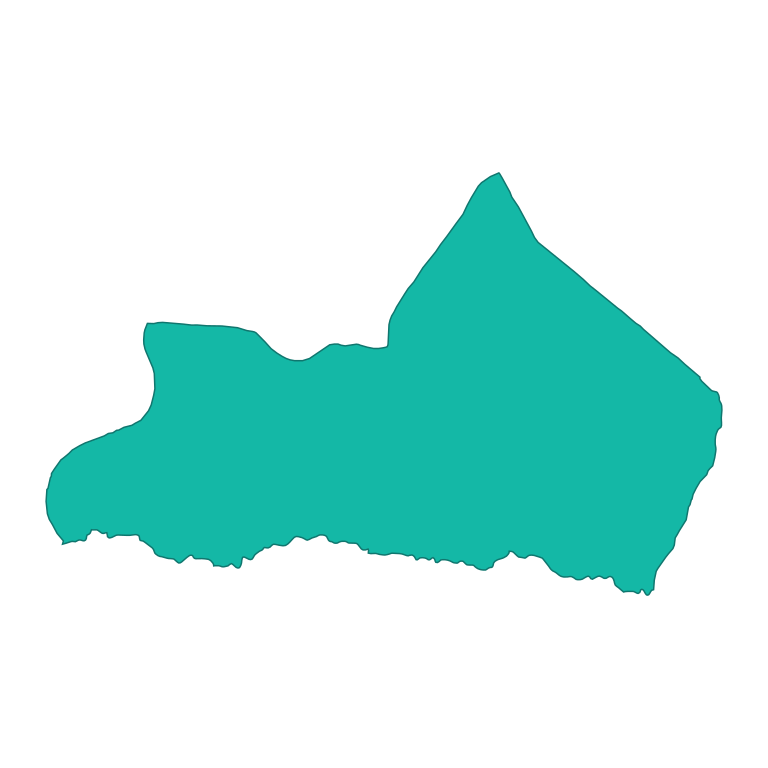 Joyabaj, Quiché, Guatemala
{"feature_id": "79465075B91239548931928", "entity_name": "Joyabaj", "entity_type": "district", "adm_level": 2, "iso_a3": "GTM", "parent_name": "Guatemala", "parent_adm1": "Quiché", "projection": "robinson", "projection_center": [-90.834, 15.008], "detail": "fine", "context": "isolated", "style": "filled", "palette": "teal", "viewbox_px": 768, "rotation_deg": 0, "n_neighbors": 0, "source": "geoboundaries", "source_scale": "gbopen_adm2", "svg_char_len": 6092}
<svg xmlns="http://www.w3.org/2000/svg" viewBox="0 0 768 768"><path d="M72.3,450.0L69.0,453.4L63.2,458.2L60.9,459.9L54.5,468.9L51.5,473.5L51.3,476.3L50.4,477.7L48.0,488.3L46.9,489.5L46.1,501.4L47.4,513.8L49.3,519.4L52.5,524.7L57.1,533.4L63.4,540.9L62.5,544.2L66.1,543.2L71.0,541.6L72.4,541.4L75.4,541.7L78.4,540.2L79.3,540.0L80.4,540.0L83.2,540.8L84.2,540.8L85.5,540.1L86.3,538.6L86.6,536.5L87.1,535.0L88.4,534.5L89.4,533.9L90.3,532.9L91.5,529.7L92.7,529.9L96.5,529.8L97.9,530.3L100.9,532.5L102.2,533.3L103.8,533.4L105.2,532.9L106.8,532.7L107.4,535.6L107.5,536.7L109.1,537.9L110.3,537.8L112.0,537.3L116.3,535.2L118.0,535.0L126.2,535.3L129.7,535.3L135.4,534.6L137.0,534.8L138.0,535.2L139.2,536.2L139.7,539.1L140.2,540.4L143.2,541.1L144.8,542.2L152.3,547.9L153.5,549.5L154.8,553.0L155.7,554.0L157.9,555.6L159.8,556.4L161.8,556.7L167.1,558.2L168.7,558.5L170.6,558.6L173.5,558.9L174.5,559.5L175.3,560.3L177.6,562.3L178.8,563.0L180.3,562.8L181.7,561.9L186.9,557.4L189.1,555.8L190.1,555.3L191.4,555.2L192.6,555.6L193.4,557.2L194.4,558.3L195.8,558.7L201.8,558.6L204.8,558.8L208.4,559.3L209.7,560.0L210.8,560.7L212.9,563.1L213.6,564.6L213.7,565.9L215.1,565.7L218.7,565.7L220.3,566.1L221.9,566.7L222.8,566.8L223.8,566.8L227.1,566.1L228.1,565.8L229.9,564.3L231.5,563.6L232.8,564.4L236.0,567.3L237.4,567.9L238.8,567.9L239.6,567.5L240.5,565.9L240.9,565.0L241.5,563.0L241.8,560.2L242.3,558.0L243.0,557.1L244.5,557.1L249.0,559.3L250.6,559.6L252.1,559.1L253.2,557.6L254.2,555.8L255.0,554.7L256.4,553.5L259.5,551.2L261.8,550.2L262.8,549.4L263.4,548.3L264.5,547.5L266.5,547.8L268.1,547.9L270.2,547.0L271.4,545.7L272.6,544.7L273.4,544.3L274.3,544.3L275.4,544.4L277.8,544.9L279.1,545.2L282.5,545.7L283.6,545.7L285.6,545.4L287.9,543.9L289.7,542.2L292.8,538.8L294.3,537.3L296.1,536.5L298.2,536.6L302.0,537.6L303.9,538.5L306.2,539.8L307.3,540.1L309.3,539.4L311.9,538.0L316.5,536.5L318.1,535.6L319.8,534.9L322.4,534.9L324.2,535.2L325.5,535.7L326.6,536.5L328.5,540.2L329.3,541.0L330.3,541.5L331.4,541.6L332.6,542.1L333.7,542.8L334.7,543.1L336.0,543.2L337.5,543.0L339.1,542.1L340.9,541.5L342.1,541.3L343.9,541.3L344.9,541.3L346.4,541.7L347.8,542.6L348.8,543.0L355.5,543.2L356.9,543.6L358.0,544.6L361.3,548.9L363.0,549.9L365.5,549.9L368.1,549.1L368.6,550.6L368.4,551.6L368.3,553.1L370.8,553.6L375.5,553.4L376.6,553.6L379.5,554.4L383.1,554.9L385.0,555.0L387.2,554.6L389.4,554.0L391.0,553.4L392.0,553.2L394.2,553.3L399.8,553.6L402.2,554.0L406.8,555.6L408.2,555.8L409.6,555.3L411.6,555.0L412.8,555.3L413.8,556.1L414.6,557.0L416.1,559.7L417.3,559.8L419.8,558.0L420.8,557.8L422.5,557.7L424.4,557.9L426.2,558.4L428.2,559.7L429.4,559.8L430.5,559.3L431.7,558.2L433.0,557.6L434.3,558.7L434.9,560.0L435.3,561.4L435.8,562.3L437.5,562.5L439.0,561.6L440.8,560.0L442.4,559.7L444.9,559.7L447.5,560.1L450.0,560.9L453.1,562.5L454.0,562.8L456.6,563.1L457.6,563.0L459.0,561.9L460.2,561.2L461.9,561.1L463.2,561.4L465.7,563.9L466.9,564.8L468.4,565.0L472.9,565.1L474.0,565.6L474.9,566.6L476.3,567.7L477.7,568.6L479.5,569.3L481.0,569.7L483.3,570.0L485.5,570.0L486.5,569.5L488.6,568.0L490.2,567.5L491.5,567.4L492.4,566.9L493.0,565.7L493.7,562.8L495.1,561.2L497.7,559.7L502.5,558.2L503.7,557.7L506.5,556.1L508.1,554.3L509.0,552.9L509.2,551.2L512.0,551.5L513.4,552.2L517.1,555.8L518.6,557.0L519.9,557.2L521.9,557.5L525.0,558.1L526.1,557.5L527.2,556.6L528.7,555.5L529.9,555.2L531.7,555.1L534.1,555.4L539.9,557.2L542.4,558.2L543.7,559.8L548.7,566.2L550.4,568.7L551.4,569.8L552.9,571.0L554.4,571.7L556.2,572.8L558.9,575.0L560.6,576.1L562.0,576.6L563.9,577.0L567.4,576.9L570.2,576.5L571.8,576.7L573.7,577.7L576.1,579.4L577.9,579.7L580.5,579.6L582.4,579.1L585.6,577.2L587.3,576.4L588.3,576.2L589.6,576.8L590.8,578.6L592.4,579.2L595.7,577.4L598.0,576.3L599.5,576.1L601.4,576.8L603.8,578.2L604.9,578.4L606.3,578.2L609.0,576.6L610.4,576.5L611.7,577.0L612.5,577.7L613.3,578.8L614.2,581.3L614.5,582.9L615.2,584.9L616.5,586.2L618.7,587.8L620.5,589.4L623.6,592.0L625.2,591.6L627.7,591.4L632.8,591.4L634.0,591.6L635.5,592.4L637.1,593.2L638.1,593.4L639.7,592.5L640.2,591.5L640.6,590.0L641.9,589.3L643.0,589.8L643.8,590.7L645.5,593.7L646.5,594.9L647.8,595.1L648.8,594.6L649.6,593.5L650.5,591.9L651.6,590.3L653.6,589.7L654.3,580.1L656.2,571.3L657.8,568.5L665.8,557.1L668.4,553.8L672.9,548.6L674.3,545.1L675.2,537.9L677.2,534.6L679.4,530.6L686.2,519.8L688.5,507.0L690.0,504.7L691.3,499.9L692.0,499.1L693.1,494.3L696.1,488.3L700.1,481.5L706.7,474.7L708.1,470.7L709.8,468.6L712.7,465.8L714.7,457.8L715.7,451.6L715.9,449.4L715.8,447.7L715.3,444.8L715.2,443.4L715.2,439.8L715.6,436.2L716.2,433.8L717.6,430.4L718.5,429.1L720.9,427.3L721.5,425.4L721.5,422.2L721.4,420.9L721.3,417.7L721.9,410.1L721.7,405.9L721.4,404.5L720.9,403.2L719.8,401.3L719.2,399.5L719.3,397.8L718.7,395.2L717.4,392.6L716.6,392.0L712.2,390.9L711.0,390.1L701.8,381.3L699.8,378.5L700.0,377.2L684.6,364.1L678.1,358.0L670.4,352.7L643.5,329.4L640.3,326.1L635.9,323.3L630.2,318.5L621.6,311.0L617.8,308.3L594.5,289.3L590.1,285.9L583.6,279.7L574.4,271.8L538.1,242.4L534.5,237.5L531.5,231.2L518.4,206.9L511.8,197.1L509.9,192.1L502.0,177.7L499.8,174.0L498.9,172.9L490.4,176.6L481.5,182.7L478.3,186.2L471.4,197.6L467.2,205.4L463.0,214.3L456.2,223.4L446.6,236.7L440.6,244.5L435.8,251.7L422.9,267.7L413.9,281.9L408.2,288.5L404.7,293.9L396.6,306.9L394.3,311.6L391.7,315.9L390.1,320.0L389.0,324.6L388.1,343.5L387.9,345.1L387.2,346.7L386.0,347.2L382.7,347.9L378.4,348.5L373.6,348.5L367.2,347.2L360.2,345.2L358.5,344.5L356.4,344.2L345.2,345.9L341.0,345.2L338.1,344.1L334.2,344.1L329.7,344.8L309.5,358.5L302.5,360.7L294.7,360.7L290.2,359.9L286.2,358.5L282.0,356.3L276.9,353.1L271.1,348.7L265.0,341.9L256.1,332.9L254.5,332.0L252.6,331.5L246.9,330.6L237.5,327.7L221.8,326.0L207.0,325.8L197.1,325.0L191.7,325.1L183.1,324.1L162.6,322.4L158.0,322.7L153.8,323.6L147.4,323.4L144.9,329.8L144.2,333.0L143.7,339.9L143.9,344.1L145.0,349.0L146.1,351.9L152.9,367.9L154.3,373.5L154.9,388.7L153.7,395.2L151.2,405.0L148.5,410.8L140.9,420.3L135.3,423.2L131.9,425.3L124.0,427.3L118.7,430.1L116.6,430.3L112.9,432.8L108.3,433.5L104.3,435.9L85.3,442.9L79.7,445.7L72.3,450.0Z" fill="#14b8a6" stroke="#0f766e" stroke-width="1.5"/></svg>